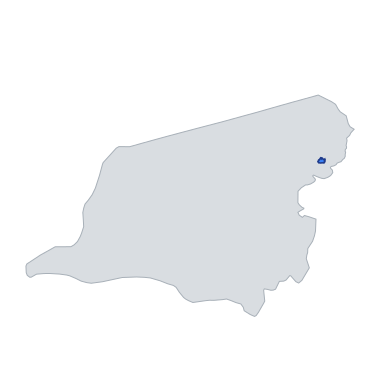 Damascus, Damascus, Syria (highlighted), rotated 198°
{"feature_id": "27442178B22471987034404", "entity_name": "Damascus", "entity_type": "district", "adm_level": 2, "iso_a3": "SYR", "parent_name": "Syria", "parent_adm1": "Damascus", "projection": "orthographic", "projection_center": [36.287, 33.515], "detail": "fine", "context": "in_parent", "style": "filled", "palette": "blue", "viewbox_px": 384, "rotation_deg": 198, "n_neighbors": 0, "source": "geoboundaries", "source_scale": "gbopen_adm2", "svg_char_len": 3414}
<svg xmlns="http://www.w3.org/2000/svg" viewBox="0 0 384 384"><g transform="rotate(198 192 192)"><path d="M62.4,138.4L65.5,138.8L72.2,142.8L73.2,142.7L75.3,137.4L77.2,135.6L81.3,134.0L82.5,125.4L84.4,123.8L86.7,122.9L90.2,122.7L93.3,122.2L93.5,120.7L89.1,110.7L89.5,108.2L91.6,98.2L92.8,94.3L94.1,93.0L98.9,93.5L105.7,95.2L107.5,98.1L110.9,100.6L115.9,100.4L121.6,100.8L126.1,100.9L129.7,99.1L137.8,95.7L141.8,94.5L145.4,92.9L157.0,87.2L161.7,87.6L164.9,88.2L167.4,89.1L173.0,92.7L177.6,96.4L180.9,97.4L186.6,97.2L194.9,97.7L205.1,97.4L211.1,96.1L218.6,94.0L232.0,89.1L249.4,79.0L259.6,74.1L264.1,73.3L269.9,73.0L275.8,73.9L282.5,74.5L285.5,74.3L292.7,73.0L301.9,70.6L307.6,68.7L314.5,65.8L318.6,61.3L320.0,60.8L321.9,61.5L322.8,61.7L324.7,64.0L327.0,70.1L327.0,70.8L326.8,72.6L322.5,77.9L316.7,85.2L312.4,89.8L305.2,97.6L299.7,99.4L290.2,102.6L287.8,105.3L285.6,109.5L284.5,115.3L284.3,118.9L284.3,125.5L286.9,132.3L289.5,138.8L290.0,143.2L290.0,147.5L288.1,152.2L286.1,158.6L285.1,165.8L285.1,179.2L285.7,190.6L285.6,192.5L281.9,200.7L277.6,210.3L275.5,212.6L265.3,215.8L254.2,223.2L241.8,231.4L230.5,238.8L218.6,246.5L206.2,254.5L197.3,260.2L185.4,267.8L174.5,275.0L163.4,282.3L155.0,287.8L142.1,296.5L134.5,301.6L123.4,309.0L113.5,315.5L101.9,323.2L87.1,321.0L82.5,319.7L78.7,316.1L75.9,314.1L68.9,312.1L64.5,305.3L61.8,302.9L57.2,301.8L59.2,297.4L59.6,294.5L61.6,291.0L60.4,288.7L59.8,283.8L58.9,282.6L58.6,281.3L59.3,279.8L59.0,278.1L58.2,277.4L57.9,275.0L57.3,273.2L57.6,271.0L58.6,269.6L59.7,266.8L60.9,266.0L62.9,264.3L63.4,262.5L65.1,260.7L67.5,259.3L68.0,258.1L67.7,257.5L65.3,256.2L64.1,253.9L65.2,250.6L66.0,249.5L67.4,247.9L70.5,245.5L72.9,245.1L75.1,245.1L78.6,245.3L81.4,245.7L82.1,245.1L82.0,244.3L78.6,242.3L78.4,240.7L79.3,239.0L81.7,236.3L84.6,234.3L86.1,233.9L89.3,229.9L91.4,225.5L88.0,214.6L85.9,212.9L82.6,211.4L80.6,211.2L80.5,210.5L83.1,207.7L85.0,205.4L82.9,203.1L79.2,202.0L77.8,204.4L73.1,204.6L65.7,204.5L62.5,193.1L62.0,188.1L62.1,182.4L64.4,174.0L63.3,170.1L63.3,167.5L62.7,163.9L57.0,156.1L60.2,141.9L62.4,138.4Z" fill="#d9dde1" stroke="#a8b0b8" stroke-width="1"/><path d="M78.2,259.7L77.8,259.7L77.2,260.0L76.9,260.1L76.7,260.2L76.6,260.3L76.4,260.4L76.4,260.2L76.2,260.1L76.0,260.3L76.1,260.5L75.9,260.6L75.7,260.6L75.3,260.7L75.3,260.8L75.2,260.8L75.2,261.0L75.3,261.0L75.2,261.0L75.0,261.7L75.0,261.8L75.4,261.7L75.5,261.9L75.5,263.2L75.3,263.3L75.4,263.5L75.5,263.6L75.4,263.7L75.4,263.8L75.4,264.0L75.5,264.1L75.9,263.9L76.0,264.2L76.2,263.9L76.3,263.9L76.4,264.0L76.5,263.9L76.4,263.9L76.6,263.8L76.7,263.7L76.8,263.6L77.0,263.6L77.1,263.8L77.1,263.7L77.9,264.1L78.0,264.1L78.3,263.9L78.5,263.8L78.4,264.3L78.5,264.4L78.5,264.5L78.8,264.6L79.0,264.6L79.3,264.5L79.3,264.4L79.2,264.4L79.2,264.2L79.3,264.2L79.5,264.2L79.5,264.3L79.8,264.5L80.0,264.4L80.0,264.2L79.9,264.0L80.1,264.1L80.1,263.9L80.3,263.9L80.3,263.7L80.2,263.6L80.1,263.4L80.3,263.3L80.4,263.1L80.5,263.1L80.5,262.9L80.7,262.7L80.7,262.4L80.8,262.4L80.8,262.2L81.0,261.9L81.1,261.6L81.4,261.5L81.5,261.5L81.5,261.4L81.5,261.2L81.4,261.2L81.2,261.2L81.5,260.6L81.6,260.4L81.6,260.2L81.7,259.9L81.7,259.7L81.4,259.5L81.2,259.5L80.9,259.5L80.8,259.2L80.7,259.2L80.6,259.3L80.5,259.2L80.4,259.2L80.5,259.2L80.4,259.0L80.2,259.0L80.3,259.0L80.3,258.9L80.2,258.9L80.0,259.0L79.9,259.1L80.0,259.2L78.9,259.2L78.7,259.3L78.4,259.4L78.4,259.5L78.2,259.7Z" fill="#3b82f6" stroke="#1e3a8a" stroke-width="1.5"/></g></svg>